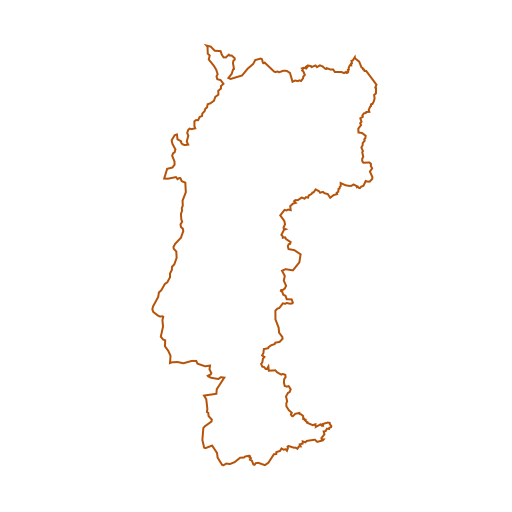 Mzimba, Mzimba, Malawi, rotated 9°
{"feature_id": "42251766B77624810989827", "entity_name": "Mzimba", "entity_type": "district", "adm_level": 2, "iso_a3": "MWI", "parent_name": "Malawi", "parent_adm1": "Mzimba", "projection": "albers", "projection_center": [33.674, -11.849], "detail": "fine", "context": "isolated", "style": "outline", "palette": "amber", "viewbox_px": 512, "rotation_deg": 9, "n_neighbors": 0, "source": "geoboundaries", "source_scale": "gbopen_adm2", "svg_char_len": 6041}
<svg xmlns="http://www.w3.org/2000/svg" viewBox="0 0 512 512"><g transform="rotate(9 256 256)"><path d="M290.6,459.9L297.5,461.2L300.6,458.2L304.7,449.0L307.0,448.4L306.8,446.5L310.2,444.8L311.3,442.1L313.5,443.0L315.6,442.2L317.0,443.5L317.6,440.7L317.0,439.3L317.8,438.6L323.4,439.4L325.1,439.1L327.1,439.9L328.1,437.4L329.9,437.1L328.7,435.2L331.4,434.0L331.1,431.8L333.9,432.3L335.1,430.7L342.9,428.2L345.5,430.0L350.8,427.7L351.5,426.6L349.6,426.8L349.1,425.6L351.5,421.4L350.3,418.7L352.2,418.0L353.0,415.5L355.2,415.4L355.3,414.2L357.6,412.9L357.1,413.0L356.9,412.0L355.3,410.7L354.9,409.3L352.9,409.3L348.2,411.5L348.8,413.2L347.4,413.3L346.1,412.2L342.1,415.2L342.2,414.6L341.2,414.3L341.0,412.9L338.5,414.2L332.6,412.7L332.8,412.1L331.0,411.4L330.7,410.1L329.7,410.4L329.2,409.2L328.1,409.5L327.6,406.7L325.4,405.4L323.6,405.1L323.4,404.2L319.5,405.7L317.4,408.5L316.3,408.3L315.2,407.0L315.9,405.3L312.6,403.2L309.5,399.7L309.0,396.7L309.5,394.6L307.6,390.0L309.0,386.2L310.5,385.1L311.1,382.2L308.6,379.4L306.8,380.2L304.7,379.9L303.4,376.8L303.1,373.3L304.2,370.9L303.5,368.8L301.0,368.3L299.5,369.2L295.1,367.6L293.0,365.9L286.6,367.3L285.5,363.2L284.4,366.0L283.3,366.1L281.3,364.4L279.5,364.3L278.0,361.9L278.9,359.9L278.9,356.3L280.1,354.4L277.6,353.3L278.5,350.7L278.3,346.7L282.4,345.2L282.8,343.9L285.1,341.7L288.2,340.1L288.6,338.6L292.7,337.2L295.2,333.6L294.7,331.9L290.8,328.1L289.6,323.3L285.1,315.5L283.7,306.9L285.3,304.7L287.2,303.7L289.9,298.6L292.4,298.6L293.7,297.6L297.0,297.8L299.2,297.2L299.7,296.4L298.0,293.3L293.1,293.9L291.4,290.7L289.0,290.0L287.6,287.4L286.0,286.6L286.2,285.7L288.0,285.2L289.5,283.6L290.4,280.7L287.3,276.0L287.6,271.3L284.0,266.5L287.2,264.4L294.7,264.4L299.8,255.5L299.8,247.4L292.9,244.2L287.1,244.1L285.9,241.5L286.4,239.3L287.8,238.6L288.0,236.8L283.2,234.7L281.8,233.0L279.6,233.8L279.3,232.4L277.8,231.2L279.5,225.8L281.1,224.9L279.1,224.5L278.7,223.6L279.7,220.2L278.5,217.0L273.6,212.1L277.0,206.0L279.0,206.2L280.5,205.1L283.1,205.3L282.0,201.4L284.4,198.4L286.9,197.3L285.1,195.9L286.0,194.7L288.6,194.3L292.0,191.1L295.0,191.8L296.1,190.1L298.3,190.2L298.6,188.0L301.1,186.1L301.8,184.5L302.9,184.2L304.5,180.9L308.2,182.2L309.4,183.5L312.1,182.2L313.8,183.3L317.2,183.6L320.2,186.9L323.1,183.7L326.4,182.2L325.8,181.0L327.2,179.6L327.0,176.8L328.0,176.3L327.9,174.8L328.7,173.7L328.2,170.7L333.2,172.1L337.1,172.2L339.2,171.8L341.2,170.1L344.2,171.1L344.9,172.2L345.6,171.5L346.8,172.6L348.0,172.7L349.1,171.0L351.1,169.9L352.6,165.1L351.9,164.4L353.8,165.1L356.6,164.8L358.8,161.6L358.6,159.8L355.3,154.8L357.0,151.3L355.3,149.1L355.1,147.0L353.4,145.9L347.4,147.1L346.0,145.5L345.7,143.3L346.4,141.2L344.7,136.9L345.2,135.7L343.1,132.3L344.0,129.8L343.7,127.8L345.3,125.1L344.7,123.8L345.6,122.5L345.5,120.1L341.4,117.9L337.9,118.0L337.1,114.2L339.3,110.2L338.1,108.6L339.2,106.9L337.5,103.7L339.7,101.8L339.1,100.4L340.3,98.2L342.0,97.6L342.4,96.5L345.4,95.9L344.5,94.1L345.3,90.8L346.1,90.0L345.8,88.7L346.1,87.9L347.2,87.7L348.1,85.1L348.5,81.9L347.5,78.4L349.0,76.7L348.3,71.4L347.5,71.1L348.2,68.0L336.0,56.1L334.3,56.3L333.7,55.0L332.6,55.0L332.2,53.9L330.7,53.2L327.5,47.9L322.8,45.2L322.5,44.2L321.0,47.7L319.8,48.3L320.6,50.7L319.8,51.1L320.2,52.8L319.1,52.7L318.7,53.4L318.1,55.7L318.5,57.4L317.7,57.8L318.3,59.7L317.7,60.7L316.4,60.2L316.3,60.9L315.5,60.6L314.3,61.6L311.9,60.9L305.1,61.9L303.0,59.7L300.4,60.2L296.6,59.4L296.4,60.2L295.3,60.3L292.0,58.3L289.3,57.7L286.7,59.9L285.0,58.5L281.3,60.7L280.7,59.9L277.4,59.7L275.8,61.2L276.0,62.1L276.8,62.0L276.2,63.0L274.0,62.5L272.3,63.4L273.1,63.8L272.6,65.6L273.8,66.2L275.9,69.5L274.6,71.5L274.7,73.1L273.1,76.1L271.5,75.7L270.0,76.7L267.1,76.6L264.8,78.2L261.0,70.0L257.8,68.5L256.3,68.4L253.9,68.8L250.1,70.9L248.3,70.4L246.6,71.3L245.0,71.0L234.3,63.6L233.5,64.4L232.6,64.1L231.1,60.7L229.6,60.3L224.6,62.6L223.1,66.9L218.5,72.2L214.0,79.9L203.2,85.1L200.9,84.5L203.5,79.9L204.2,75.3L205.0,74.7L203.1,69.1L203.1,66.8L204.3,65.2L203.9,63.9L200.6,61.8L198.7,62.1L197.7,61.4L195.1,64.6L192.9,64.9L190.7,62.5L189.0,59.2L183.1,59.7L178.6,56.3L174.2,55.9L175.4,56.9L176.7,63.7L178.9,65.2L178.6,69.3L184.8,74.9L187.6,78.3L189.7,82.4L188.9,84.8L190.1,87.4L193.5,87.8L196.9,91.0L194.8,93.7L195.2,96.1L192.9,98.7L193.6,102.5L190.9,105.2L190.2,109.2L187.1,112.3L184.5,113.7L184.4,116.9L182.9,118.5L182.6,120.9L180.7,123.7L180.8,126.1L178.6,127.5L177.6,130.9L175.4,131.2L174.1,132.6L174.9,137.5L176.0,139.4L172.5,140.8L170.4,140.6L169.3,142.2L168.8,145.3L170.3,147.7L169.7,153.8L171.6,156.6L168.1,157.6L165.9,157.1L164.3,155.7L164.0,154.4L160.2,153.0L158.9,148.3L156.8,149.4L154.6,154.8L155.9,158.3L159.7,163.3L159.4,166.3L158.0,167.6L157.5,170.1L160.7,175.4L161.3,178.6L159.6,181.7L154.6,183.8L153.2,193.9L157.0,193.4L164.6,190.6L166.5,192.4L168.0,191.0L169.1,190.9L170.9,193.7L174.7,194.6L176.7,204.0L174.8,212.8L175.8,217.7L175.2,220.3L175.9,222.4L175.3,226.3L176.5,231.5L177.7,233.7L176.5,236.5L177.3,239.1L179.4,240.4L180.3,242.7L179.0,249.7L174.2,256.7L173.1,259.9L173.6,261.7L176.6,264.1L177.9,270.2L176.6,277.1L174.7,279.8L175.1,282.9L173.8,286.7L174.4,290.4L172.5,295.9L170.4,297.8L167.8,304.7L165.8,307.2L165.8,311.7L162.1,322.2L162.0,325.0L163.4,327.4L168.5,330.2L170.6,330.8L173.2,330.2L173.9,330.6L173.6,333.9L175.2,340.2L174.6,350.6L177.4,353.1L179.5,353.5L180.2,359.4L184.1,363.3L187.2,368.0L187.8,375.2L189.4,374.2L195.1,373.0L201.1,373.3L208.9,369.7L213.4,369.0L215.0,371.5L223.1,372.9L227.7,371.4L227.8,375.2L230.2,378.7L229.8,380.1L227.1,381.9L227.5,382.3L230.7,383.3L238.0,383.4L240.3,381.2L243.7,381.1L238.1,393.6L238.4,398.3L226.5,402.0L229.3,405.3L231.9,414.7L231.9,417.7L233.4,418.4L234.2,421.5L238.0,424.6L237.9,426.5L232.1,432.2L230.9,434.2L231.8,446.1L234.8,453.4L236.1,453.7L242.3,450.1L248.3,456.6L249.6,461.1L255.2,467.6L256.5,467.8L259.3,465.6L262.7,465.6L267.2,462.9L271.9,457.7L275.5,457.0L276.7,455.7L280.7,454.3L281.4,454.7L281.1,455.9L282.6,456.4L281.9,458.1L283.9,458.8L286.1,462.4L287.3,462.4L288.1,460.7L290.6,459.9Z" fill="none" stroke="#b45309" stroke-width="2"/></g></svg>